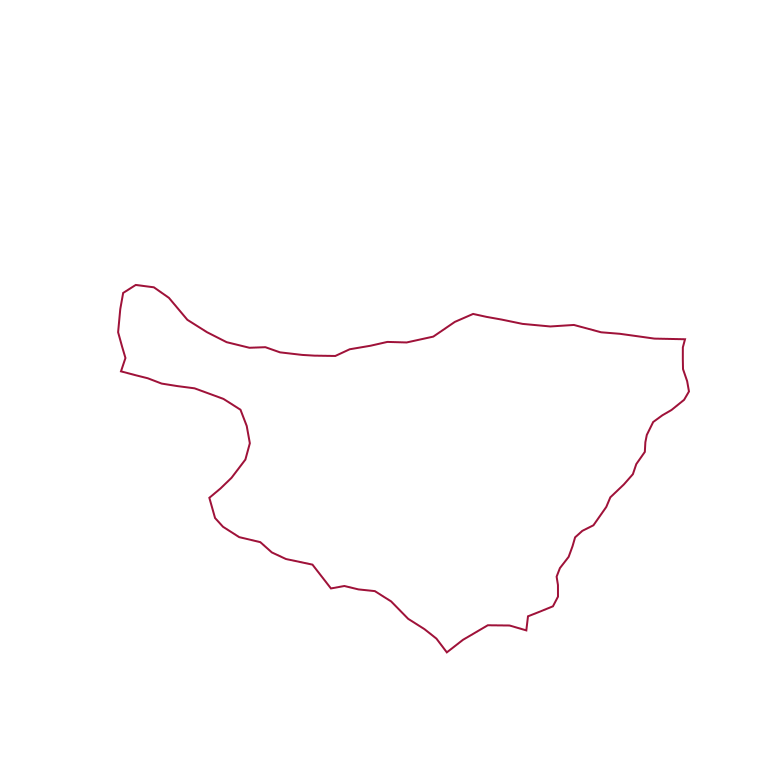 the district of Angastina, Cyprus, rotated 305°
{"feature_id": "46923920B58567235428408", "entity_name": "Angastina", "entity_type": "district", "adm_level": 2, "iso_a3": "CYP", "parent_name": "Cyprus", "parent_adm1": "", "projection": "equal_earth", "projection_center": [33.585, 35.215], "detail": "fine", "context": "isolated", "style": "outline", "palette": "rose", "viewbox_px": 768, "rotation_deg": 305, "n_neighbors": 0, "source": "geoboundaries", "source_scale": "gbopen_adm2", "svg_char_len": 1378}
<svg xmlns="http://www.w3.org/2000/svg" viewBox="0 0 768 768"><g transform="rotate(305 384 384)"><path d="M271.8,231.3L275.4,244.8L279.7,261.1L280.6,281.2L270.9,295.6L258.5,308.1L242.6,313.8L219.7,312.9L204.7,310.0L190.6,306.2L177.3,322.5L174.7,334.0L175.5,353.2L183.5,373.4L181.7,388.7L184.4,404.1L195.0,429.0L186.1,457.8L195.8,467.4L201.1,480.9L209.1,495.3L209.6,506.6L210.0,514.5L205.5,538.5L206.4,557.7L205.5,573.0L200.2,589.4L219.7,595.4L245.9,607.4L258.2,625.4L263.8,641.9L276.3,635.2L285.2,641.1L298.8,649.9L309.6,648.5L319.1,641.8L325.2,635.9L334.1,633.7L348.3,634.4L359.2,631.5L368.0,628.5L377.5,630.7L388.4,636.6L397.2,636.6L410.8,636.6L421.0,634.4L439.3,638.1L452.9,639.6L463.1,636.6L478.0,636.6L486.2,631.5L493.0,628.5L507.3,626.3L518.1,630.0L527.6,634.4L543.2,638.9L552.8,638.1L560.2,630.7L567.7,620.4L575.8,614.5L585.4,607.8L593.3,604.9L576.3,579.5L571.0,569.1L560.4,548.4L550.9,532.2L541.3,505.7L526.5,487.2L512.7,463.0L504.2,443.3L497.8,429.5L492.5,416.8L475.5,406.4L451.1,397.2L431.0,378.7L420.4,362.6L407.6,351.0L392.8,336.0L379.0,328.0L367.3,310.7L360.9,300.3L350.3,280.7L346.1,265.7L336.5,253.0L328.0,231.1L324.9,209.2L323.8,186.1L331.2,158.4L331.2,140.0L322.7,123.8L309.0,118.1L294.1,125.0L273.9,136.5L264.4,148.0L257.0,157.3L243.5,161.3L248.8,175.7L253.2,187.2L256.8,201.6L263.8,216.0L271.8,231.3Z" fill="none" stroke="#9f1239" stroke-width="2"/></g></svg>